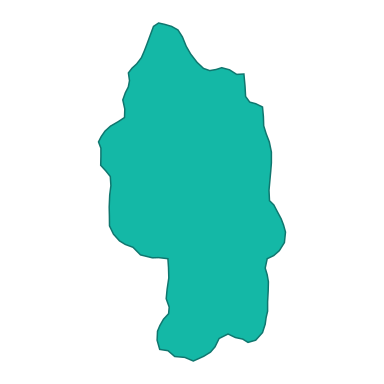 the district of Piedade de Caratinga, Minas Gerais, Brazil
{"feature_id": "56859067B22598928706692", "entity_name": "Piedade de Caratinga", "entity_type": "district", "adm_level": 2, "iso_a3": "BRA", "parent_name": "Brazil", "parent_adm1": "Minas Gerais", "projection": "natural_earth1", "projection_center": [-42.045, -19.762], "detail": "fine", "context": "isolated", "style": "filled", "palette": "teal", "viewbox_px": 384, "rotation_deg": 0, "n_neighbors": 0, "source": "geoboundaries", "source_scale": "gbopen_adm2", "svg_char_len": 1422}
<svg xmlns="http://www.w3.org/2000/svg" viewBox="0 0 384 384"><path d="M263.7,125.8L263.4,116.7L262.5,107.0L255.7,103.7L249.7,102.1L245.6,96.5L245.0,85.9L243.9,74.0L236.7,74.4L229.5,69.8L221.7,67.7L216.1,69.5L209.7,70.6L203.5,68.4L197.1,62.4L190.7,54.1L186.2,46.3L182.4,36.9L178.0,30.0L171.6,26.4L164.8,24.4L158.6,23.0L153.5,26.4L150.2,35.3L147.0,44.0L144.3,51.0L141.4,57.7L136.7,63.9L132.0,68.2L128.4,72.9L129.5,80.7L128.3,87.0L125.4,92.6L122.8,99.9L124.8,109.1L124.5,117.5L118.3,121.6L110.5,126.1L105.0,131.1L101.2,136.6L98.5,141.9L100.9,148.2L100.9,157.0L100.7,165.3L105.8,170.9L110.3,176.5L110.9,185.7L109.7,195.1L109.2,207.1L109.4,216.1L109.5,225.9L113.5,234.2L119.5,240.9L125.2,244.4L133.0,247.3L140.5,254.9L152.3,257.8L158.6,257.6L167.9,258.7L168.5,267.4L168.8,277.9L167.1,289.3L166.2,298.7L169.2,307.1L168.6,313.7L163.5,319.2L159.9,325.5L157.5,331.2L157.1,340.2L159.7,349.4L168.0,350.7L174.7,356.5L184.8,357.4L193.3,361.0L203.7,356.3L210.5,352.1L215.0,346.9L219.1,338.5L228.0,334.0L235.3,337.5L242.7,339.1L248.0,342.4L255.7,340.2L262.5,332.6L265.2,324.2L266.1,317.6L267.6,311.2L267.6,301.8L268.2,290.6L268.4,281.8L267.2,274.8L265.2,268.1L267.2,258.7L273.7,255.6L279.3,250.7L284.4,242.6L285.5,232.1L283.5,224.9L281.2,218.9L277.3,211.6L273.8,204.9L269.5,200.7L269.0,190.3L269.9,180.3L270.7,171.6L271.4,162.9L271.4,152.1L269.3,141.9L266.1,133.6L263.7,125.8Z" fill="#14b8a6" stroke="#0f766e" stroke-width="1.5"/></svg>